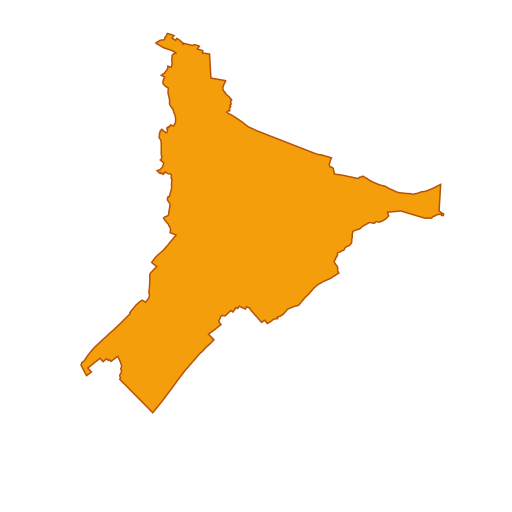 the district of Valea Mare, Dâmbovita, Romania, rotated 19°
{"feature_id": "2599482B24926147776787", "entity_name": "Valea Mare", "entity_type": "district", "adm_level": 2, "iso_a3": "ROU", "parent_name": "Romania", "parent_adm1": "Dâmbovita", "projection": "robinson", "projection_center": [25.228, 44.784], "detail": "fine", "context": "isolated", "style": "filled", "palette": "amber", "viewbox_px": 512, "rotation_deg": 19, "n_neighbors": 0, "source": "geoboundaries", "source_scale": "gbopen_adm2", "svg_char_len": 6093}
<svg xmlns="http://www.w3.org/2000/svg" viewBox="0 0 512 512"><g transform="rotate(19 256 256)"><path d="M407.3,128.2L400.9,134.7L397.7,137.6L394.8,139.9L392.6,140.9L391.2,141.7L388.4,144.1L386.1,145.3L384.9,146.3L383.8,146.6L381.7,146.8L376.7,148.2L370.8,149.5L367.8,149.7L364.7,149.3L359.0,148.8L355.8,148.0L350.2,148.5L342.3,148.1L338.1,147.3L335.4,146.5L334.1,146.4L331.4,145.7L330.1,146.4L330.3,146.8L330.2,147.0L328.7,147.5L328.3,147.8L327.4,149.5L311.1,151.5L310.4,151.7L305.4,152.6L303.4,152.8L300.5,148.0L299.1,147.4L297.6,147.7L296.7,147.4L295.4,145.6L295.4,142.2L295.2,141.4L295.4,138.6L284.4,139.1L281.3,139.9L276.6,139.8L215.8,137.3L210.8,136.7L206.6,136.4L199.6,133.9L193.9,132.3L186.7,130.6L183.8,130.3L181.5,129.5L181.9,128.6L182.3,128.1L184.0,127.1L183.8,126.8L183.5,126.6L183.3,125.7L182.9,125.3L182.8,124.9L182.9,124.4L183.3,123.6L183.2,123.1L183.3,122.6L182.3,122.3L182.3,122.1L182.4,121.6L182.8,121.0L183.0,120.4L182.8,119.9L182.5,119.5L182.1,119.3L181.9,119.0L181.9,118.1L181.6,117.8L181.6,117.3L182.1,116.8L182.2,116.4L181.5,116.2L180.9,115.4L179.7,115.1L179.6,114.8L179.4,114.6L176.8,113.4L176.2,113.3L173.9,112.1L173.6,111.7L173.4,111.1L172.2,110.9L171.3,110.2L170.4,109.0L169.8,107.4L169.8,104.4L170.3,101.4L170.1,100.1L155.4,102.4L146.3,80.1L139.3,81.5L138.8,79.1L133.3,79.5L133.5,78.1L134.2,76.1L133.9,76.0L131.2,76.0L129.1,76.2L128.6,76.4L127.6,77.6L118.7,78.4L118.5,79.4L117.6,79.4L117.7,78.4L112.8,76.6L110.4,76.0L110.0,76.6L109.9,78.3L105.7,77.2L106.2,75.6L106.8,74.4L104.2,74.2L99.8,74.4L99.5,75.3L99.6,76.8L98.7,79.1L99.0,80.2L98.9,81.1L98.1,81.9L96.4,82.5L94.5,83.8L94.2,84.3L94.3,84.7L94.2,84.9L93.0,85.6L92.4,86.4L92.0,87.2L92.4,87.6L94.7,87.9L100.8,89.2L109.2,89.1L113.4,89.8L114.2,90.3L113.6,90.6L112.2,91.8L111.4,93.5L112.6,98.1L114.2,101.9L114.3,103.9L114.2,105.3L112.9,105.4L110.9,105.1L111.2,106.2L111.3,107.3L111.2,109.0L109.9,112.6L107.6,116.0L111.4,116.5L111.0,119.4L111.6,122.6L112.1,123.4L114.9,125.0L118.3,125.7L118.7,126.8L119.1,128.5L119.8,130.7L121.8,133.7L123.3,136.4L123.9,137.0L124.1,138.8L124.8,140.3L126.2,142.0L129.1,143.9L130.2,145.0L132.1,147.7L133.3,148.7L134.0,149.6L134.8,151.6L135.4,152.4L135.6,153.5L136.0,154.4L136.4,156.4L136.3,157.3L135.9,158.8L135.9,159.6L135.8,160.0L132.7,159.8L132.5,160.3L132.5,161.0L131.9,161.5L132.1,161.8L132.0,162.2L131.1,162.4L131.0,162.6L130.8,162.8L131.1,163.6L130.8,163.7L130.2,163.7L130.5,165.2L130.9,165.3L131.4,165.9L131.6,167.0L131.4,168.6L130.8,168.8L129.7,168.4L129.3,168.0L128.7,168.1L126.9,167.6L127.0,167.3L125.9,166.8L125.6,166.9L125.5,167.6L125.3,167.8L125.1,168.3L124.6,169.1L124.9,169.7L125.1,170.6L124.6,171.5L125.3,172.4L125.4,174.1L125.7,175.3L126.5,176.1L128.4,177.5L129.9,180.8L133.4,191.0L134.3,192.2L135.1,195.4L134.3,196.4L138.5,197.9L138.6,201.6L138.2,203.3L137.6,204.6L136.9,205.7L134.7,207.6L135.9,208.0L137.3,208.9L137.9,209.0L138.6,209.1L138.7,208.2L141.4,209.1L141.4,208.2L142.2,208.2L142.6,206.2L146.1,206.7L149.0,206.4L149.5,206.6L150.1,208.4L150.3,209.9L150.5,210.1L151.2,210.1L151.6,211.2L151.9,211.8L152.2,213.7L153.2,217.0L153.8,218.1L154.3,220.8L154.3,222.7L154.7,226.8L154.6,228.2L153.6,228.4L153.5,229.5L153.6,231.0L154.1,231.9L157.7,234.8L157.9,235.2L158.3,236.6L159.3,242.9L159.8,245.1L159.8,245.6L159.5,246.5L159.1,247.0L156.7,249.1L156.4,249.7L156.3,250.3L157.8,251.6L162.8,254.5L164.2,256.1L165.7,257.2L166.3,258.3L166.7,259.4L167.2,261.9L173.6,262.2L169.6,272.8L169.6,273.2L167.5,278.2L166.2,281.4L163.0,286.7L161.4,289.9L160.8,292.1L159.4,296.0L161.7,297.0L165.5,298.2L165.4,298.6L162.4,305.1L161.7,306.6L161.6,307.8L161.9,309.1L162.1,309.3L165.0,318.6L166.1,323.1L166.5,325.4L167.2,326.1L167.7,327.0L168.2,328.5L168.3,330.0L167.9,332.1L166.7,335.7L164.9,335.2L162.7,334.8L160.8,337.4L158.6,341.3L155.1,350.6L155.8,351.5L149.4,364.5L144.6,373.8L143.7,375.0L140.4,381.3L138.8,384.1L133.5,394.1L131.5,398.6L129.3,404.9L127.6,411.2L126.1,413.4L126.0,416.1L134.7,424.3L138.2,419.2L133.5,416.7L141.7,403.6L145.8,405.7L148.2,401.8L150.2,402.8L150.8,401.9L153.2,402.9L158.0,395.8L161.4,399.4L163.0,401.3L164.9,403.9L164.8,406.3L164.9,406.8L165.0,407.1L166.3,408.2L166.5,410.2L166.0,412.9L166.2,413.6L166.5,414.2L167.4,415.1L167.6,415.6L167.4,416.5L167.2,416.9L209.4,437.8L214.0,425.4L219.3,409.1L222.4,398.9L226.7,385.9L227.0,385.5L228.2,382.7L229.0,380.3L229.9,378.6L230.1,377.7L232.3,372.5L233.1,370.2L235.1,365.5L236.1,364.3L238.0,359.7L239.3,357.2L240.5,355.3L243.5,348.9L236.5,345.4L241.2,338.6L245.2,332.2L243.3,330.9L242.0,329.8L242.0,328.9L242.3,327.2L242.3,325.6L242.5,324.2L242.8,323.8L243.9,323.1L246.2,322.7L246.5,322.5L249.9,315.7L252.5,316.5L252.6,315.7L253.4,313.5L253.2,313.4L253.8,311.2L255.8,311.6L256.5,308.9L263.2,309.7L263.5,307.1L266.3,307.3L266.9,307.1L267.6,308.0L269.1,309.1L275.0,312.5L277.2,313.6L282.8,317.0L285.2,313.9L288.6,316.2L291.0,313.5L292.9,310.6L293.7,309.7L296.9,308.1L296.1,306.6L298.7,305.0L299.8,303.3L300.8,302.1L303.2,296.1L305.5,293.9L309.1,290.8L311.2,289.6L312.4,288.5L316.1,278.8L317.4,276.6L319.5,271.8L321.1,267.7L323.4,263.5L327.9,258.3L333.8,252.9L339.9,245.1L338.3,243.9L337.6,242.5L337.3,240.8L336.8,240.1L335.3,238.6L334.4,238.3L331.7,236.0L331.6,234.9L331.8,234.1L332.3,233.8L332.3,233.1L332.0,232.5L332.0,231.9L332.2,231.1L332.7,230.6L332.7,230.3L332.4,229.8L332.7,228.2L332.4,227.3L332.0,226.8L332.0,226.7L332.8,225.7L334.7,224.4L335.1,223.4L336.1,222.8L337.1,221.9L337.3,221.3L337.5,219.7L337.8,218.8L338.5,217.8L340.6,216.0L341.3,214.8L341.9,213.2L342.0,212.0L341.8,211.1L341.0,208.8L341.1,207.5L339.7,203.2L339.9,202.9L339.9,202.5L339.6,201.4L340.6,200.1L342.8,198.3L344.7,197.1L345.5,196.2L346.8,193.7L348.8,191.3L350.1,190.0L351.9,187.7L353.8,187.0L356.3,186.8L357.4,186.4L357.8,185.1L358.5,184.3L360.1,184.1L361.9,183.6L363.8,182.0L366.5,178.9L368.4,174.8L366.0,171.9L368.0,170.9L378.2,166.3L402.9,165.3L405.4,164.6L406.1,164.3L406.6,163.9L408.8,163.4L409.8,162.9L410.2,161.3L412.1,160.0L412.8,158.8L415.0,157.3L417.2,156.2L417.8,156.5L418.1,157.2L419.7,157.0L420.0,156.5L419.6,155.0L417.7,154.9L415.1,154.0L414.3,153.4L407.3,128.2Z" fill="#f59e0b" stroke="#b45309" stroke-width="1.5"/></g></svg>